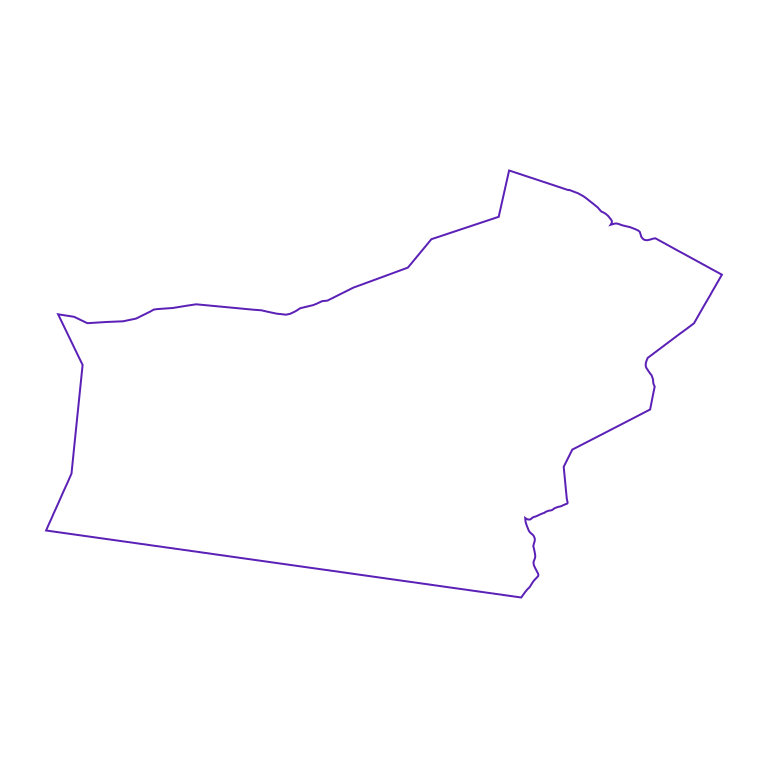 Santmargac, Dzavhan, Mongolia (Equal Earth projection)
{"feature_id": "93677404B94621448134169", "entity_name": "Santmargac", "entity_type": "district", "adm_level": 2, "iso_a3": "MNG", "parent_name": "Mongolia", "parent_adm1": "Dzavhan", "projection": "equal_earth", "projection_center": [95.33, 48.6], "detail": "fine", "context": "isolated", "style": "outline", "palette": "violet", "viewbox_px": 768, "rotation_deg": 0, "n_neighbors": 0, "source": "geoboundaries", "source_scale": "gbopen_adm2", "svg_char_len": 3026}
<svg xmlns="http://www.w3.org/2000/svg" viewBox="0 0 768 768"><path d="M721.9,274.7L713.3,270.0L706.2,266.1L678.7,251.1L678.1,250.8L655.4,238.3L653.4,238.6L652.2,238.9L650.5,239.5L649.5,239.7L648.3,240.0L647.2,240.2L645.7,240.1L644.4,239.8L643.1,239.0L642.2,238.0L641.2,236.6L640.6,234.4L640.2,233.1L639.9,232.1L639.5,231.6L638.7,230.9L637.5,230.2L635.6,229.3L632.5,228.1L629.9,227.1L625.5,226.1L623.2,225.5L621.8,225.2L619.6,224.3L618.4,223.9L616.6,223.5L615.5,223.5L614.7,223.6L610.6,224.8L611.5,223.4L611.8,222.7L611.9,222.0L611.9,221.5L611.8,220.9L610.9,219.4L608.1,215.9L605.8,213.9L603.9,212.7L602.5,212.1L601.6,211.7L600.5,210.7L597.8,207.5L595.1,205.3L593.1,203.7L588.8,200.3L585.6,197.8L583.3,196.2L580.8,194.8L578.1,193.3L573.9,191.7L569.4,190.0L568.8,189.9L568.3,190.1L509.1,170.5L498.7,216.8L431.4,239.2L407.9,267.6L353.4,287.6L327.4,300.6L322.0,301.2L316.7,303.7L313.2,305.1L300.3,308.2L295.6,311.2L290.2,313.8L285.8,314.7L281.9,314.2L276.9,313.7L267.0,311.6L261.4,310.3L253.3,309.7L196.2,304.3L185.5,305.9L172.8,308.0L164.0,308.6L157.4,309.1L153.7,309.6L150.4,311.5L143.5,314.9L136.0,318.6L123.0,321.3L106.2,322.0L88.7,323.1L87.2,323.1L74.1,316.8L58.1,314.3L81.5,362.7L81.8,363.2L82.6,365.0L74.6,442.9L73.3,455.7L71.5,473.6L67.3,483.1L63.9,490.5L57.4,505.2L53.4,514.0L51.5,518.4L48.4,525.2L46.1,530.5L521.2,597.5L525.1,592.1L527.5,589.2L529.4,587.4L530.0,586.6L530.8,585.3L533.0,581.8L534.1,580.4L536.3,578.1L537.2,577.1L537.7,576.6L538.1,576.1L538.3,575.4L538.3,574.5L538.1,573.7L535.1,567.9L534.2,566.0L533.8,564.9L533.6,563.6L533.5,562.3L533.6,561.6L533.9,560.9L534.4,559.7L535.0,558.0L535.2,557.2L535.2,555.4L534.9,553.2L533.9,548.4L533.5,547.0L533.3,546.3L533.5,545.3L533.7,544.3L534.3,542.3L534.5,541.8L534.7,540.8L534.8,540.0L534.8,539.0L534.7,538.5L534.6,538.1L534.1,536.8L533.6,535.8L533.1,535.2L532.7,534.7L531.3,533.6L530.6,532.9L529.6,531.9L528.7,530.4L526.6,525.2L525.9,523.0L525.6,521.7L525.4,520.3L525.4,519.6L525.2,518.0L526.4,518.8L526.9,519.1L527.5,519.3L528.3,519.5L529.6,519.5L530.3,519.4L530.8,519.2L531.3,518.6L532.0,518.1L532.5,517.6L533.1,517.4L533.9,517.0L534.8,516.7L535.9,516.4L537.7,515.6L539.3,514.8L542.8,513.3L543.9,513.0L544.6,512.7L545.4,512.0L546.3,511.6L547.5,511.1L548.9,510.7L550.0,510.5L551.4,510.3L552.1,510.0L553.7,508.9L554.2,508.4L555.0,508.1L556.1,507.6L556.9,507.3L558.0,506.9L559.3,506.7L561.4,506.1L563.4,505.1L564.5,504.7L565.2,504.3L566.0,504.1L566.7,503.8L567.0,503.7L567.3,503.3L567.5,503.1L567.6,502.5L566.9,499.1L566.8,498.7L566.7,498.2L566.7,497.9L563.7,466.8L572.3,449.6L612.5,428.9L643.5,412.9L650.1,409.5L650.9,405.6L652.5,397.4L652.6,396.8L654.7,386.5L654.2,385.6L653.8,384.7L653.5,383.7L653.3,383.0L653.2,381.9L653.1,380.6L653.1,379.8L652.5,377.8L652.0,376.4L651.4,375.0L650.3,373.7L648.5,371.2L647.9,370.2L647.3,369.3L646.4,368.0L645.9,366.6L645.7,365.3L645.7,364.0L646.0,362.6L646.4,361.1L647.7,357.9L680.7,333.1L681.4,332.7L694.0,323.3L703.8,306.1L710.7,294.3L710.8,294.0L713.9,288.6L721.9,274.7Z" fill="none" stroke="#5b21b6" stroke-width="2"/></svg>